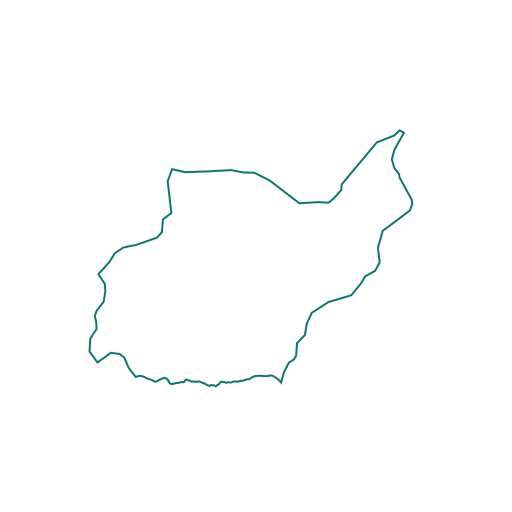 outline of Damara, Ombella-M'Poko, Central African Republic, rotated 56°
{"feature_id": "33826404B9315728863093", "entity_name": "Damara", "entity_type": "district", "adm_level": 2, "iso_a3": "CAF", "parent_name": "Central African Republic", "parent_adm1": "Ombella-M'Poko", "projection": "robinson", "projection_center": [18.896, 5.112], "detail": "fine", "context": "isolated", "style": "outline", "palette": "teal", "viewbox_px": 512, "rotation_deg": 56, "n_neighbors": 0, "source": "geoboundaries", "source_scale": "gbopen_adm2", "svg_char_len": 3081}
<svg xmlns="http://www.w3.org/2000/svg" viewBox="0 0 512 512"><g transform="rotate(56 256 256)"><path d="M296.4,95.4L271.3,93.1L268.0,91.6L260.5,92.1L251.8,89.3L245.4,82.0L236.6,64.5L232.2,66.6L233.4,73.9L229.4,92.4L244.5,144.7L249.0,148.5L251.6,158.6L252.4,166.1L246.3,174.0L236.5,190.6L201.2,202.4L186.1,210.8L179.4,220.1L170.9,228.6L159.1,248.3L147.0,267.7L137.1,277.0L144.6,287.4L173.0,302.1L173.6,312.7L183.7,320.7L185.4,327.7L179.5,350.3L177.8,353.6L174.8,361.5L174.8,371.6L179.1,381.2L181.3,389.9L182.8,396.7L194.9,397.0L201.1,400.7L208.6,407.7L212.4,418.9L215.6,423.2L221.2,425.3L227.4,429.0L229.8,435.1L232.2,439.9L242.2,447.5L255.6,446.9L255.1,430.5L261.0,423.8L266.6,422.0L277.6,424.1L289.0,423.4L289.5,421.6L289.9,420.2L290.8,418.8L291.9,417.7L293.5,416.5L296.7,414.7L298.3,413.5L300.0,412.1L301.8,411.1L303.1,410.5L303.8,409.8L304.3,409.0L304.6,408.0L304.6,406.2L304.8,404.2L305.4,401.0L305.7,400.3L306.4,399.5L307.3,398.9L308.1,398.6L308.8,398.4L309.1,398.3L309.5,398.4L309.9,398.5L310.1,398.5L310.4,398.4L310.6,398.3L310.9,398.3L311.3,398.4L312.0,398.6L312.5,398.7L313.2,398.7L313.5,398.6L314.4,398.1L315.0,397.5L315.3,396.9L315.6,396.1L316.1,395.2L316.3,394.7L316.3,394.4L316.3,394.0L316.3,393.6L316.8,392.8L317.5,392.1L317.9,391.3L318.1,390.3L318.4,389.4L318.5,388.8L318.8,388.3L319.4,387.8L319.8,387.1L320.1,386.7L320.2,386.2L320.1,385.6L319.7,384.8L319.5,384.2L319.4,383.3L319.6,382.6L320.2,382.3L320.8,382.0L321.6,381.3L322.0,380.9L322.6,380.6L323.2,380.3L323.8,379.9L324.2,379.5L324.5,379.1L324.7,378.7L324.9,378.4L325.1,378.2L325.3,377.9L325.5,377.4L325.8,377.2L326.2,376.8L326.3,376.5L326.5,376.1L326.8,375.8L327.1,375.6L327.3,375.4L327.4,375.0L327.4,374.5L327.6,373.9L328.2,373.3L329.1,372.7L331.1,371.4L331.8,370.9L332.3,370.3L332.8,369.9L334.1,369.5L334.8,369.1L335.3,368.8L337.2,367.6L337.8,367.1L338.0,366.7L337.9,366.2L337.8,365.8L338.0,365.2L338.3,364.8L338.8,364.4L339.2,363.8L339.4,363.5L339.8,363.1L340.1,362.9L341.1,362.6L341.4,362.4L341.6,362.2L341.7,361.6L341.5,360.9L341.3,360.1L341.4,359.5L341.5,359.4L341.6,359.1L341.6,358.5L341.4,357.7L341.0,356.9L340.8,356.3L340.6,355.7L340.7,355.3L340.9,354.9L341.6,354.5L342.0,354.1L342.1,353.7L342.2,353.3L342.5,352.8L343.1,352.5L343.7,352.2L344.2,351.9L344.5,351.4L344.9,350.4L345.2,349.6L345.7,348.8L346.3,348.2L346.7,347.8L347.0,347.3L347.2,346.4L347.3,345.4L347.6,344.5L348.1,343.8L348.8,343.1L349.1,342.6L349.3,342.0L349.7,341.4L350.2,340.7L350.6,339.9L351.0,338.3L351.4,337.7L351.8,336.8L352.2,336.1L352.8,334.0L353.0,332.9L353.5,331.9L354.0,331.1L354.3,330.5L354.4,329.6L354.4,328.9L354.4,327.3L354.6,326.0L355.0,324.2L355.7,322.6L356.6,321.1L357.8,319.2L360.6,315.8L361.4,314.6L362.1,313.4L362.5,312.2L363.2,310.7L364.0,309.7L364.7,309.2L365.4,308.7L368.0,307.6L370.8,306.6L372.8,306.2L374.9,306.0L367.8,297.5L362.9,288.5L362.9,282.3L360.9,278.3L351.2,270.7L348.8,259.6L340.4,251.7L334.3,241.5L334.7,221.7L341.8,199.1L337.5,184.3L333.9,177.0L334.9,165.4L330.4,157.0L317.5,150.4L306.0,136.9L304.8,111.8L304.2,102.7L300.3,97.4L296.4,95.4Z" fill="none" stroke="#0f766e" stroke-width="2"/></g></svg>